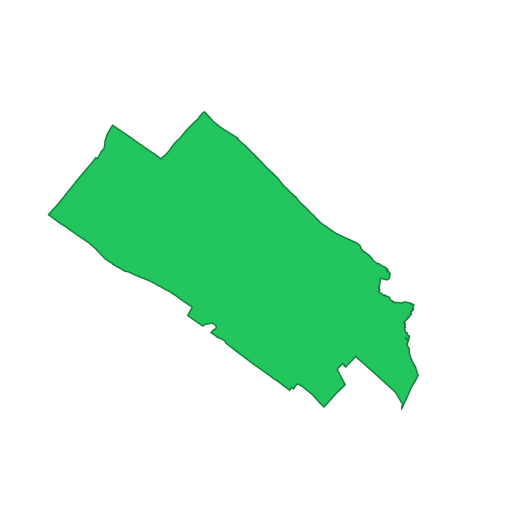 the district of Seaca De Padure, Dolj, Romania, rotated 209°
{"feature_id": "2599482B71880041141531", "entity_name": "Seaca De Padure", "entity_type": "district", "adm_level": 2, "iso_a3": "ROU", "parent_name": "Romania", "parent_adm1": "Dolj", "projection": "albers", "projection_center": [23.279, 44.368], "detail": "fine", "context": "isolated", "style": "filled", "palette": "green", "viewbox_px": 512, "rotation_deg": 209, "n_neighbors": 0, "source": "geoboundaries", "source_scale": "gbopen_adm2", "svg_char_len": 5951}
<svg xmlns="http://www.w3.org/2000/svg" viewBox="0 0 512 512"><g transform="rotate(209 256 256)"><path d="M358.1,352.8L370.9,357.1L371.9,355.5L372.4,353.2L372.5,352.4L372.9,351.1L373.0,348.2L373.9,345.6L374.8,342.9L377.7,332.5L379.0,326.1L379.6,322.2L380.2,320.3L380.8,319.0L382.0,314.1L382.5,310.2L382.7,307.5L384.1,300.9L385.3,297.9L386.3,294.8L393.0,295.8L400.5,296.4L426.6,299.2L444.8,300.8L445.1,295.5L445.0,289.2L444.6,288.0L444.0,284.4L443.4,282.1L443.3,281.9L442.5,281.0L442.2,280.3L441.9,278.7L441.2,277.3L441.2,276.3L441.4,275.4L441.4,274.4L441.4,273.6L441.8,273.1L442.0,272.0L441.8,268.7L441.9,264.3L443.7,264.3L444.9,256.9L448.9,236.9L454.1,206.6L455.0,202.3L457.1,193.8L457.5,191.5L442.2,189.6L436.6,189.3L421.4,187.6L408.2,186.5L406.5,185.9L404.2,185.6L401.1,184.8L398.8,184.5L398.3,184.1L386.8,180.4L381.0,179.9L379.5,179.8L378.6,180.0L377.7,179.8L377.3,179.5L375.9,179.4L375.6,179.5L372.7,179.2L371.9,179.4L369.0,179.3L368.6,179.4L366.1,179.2L363.4,179.2L360.0,180.2L358.5,180.4L352.8,180.7L349.4,181.2L348.2,181.6L347.7,181.5L347.7,181.3L347.0,181.4L341.2,182.2L339.7,182.2L338.5,182.6L330.0,182.9L327.1,182.7L325.7,183.0L321.7,182.8L313.8,183.0L306.4,182.4L297.0,181.2L287.0,180.4L286.9,170.9L277.8,169.8L269.0,169.0L268.0,169.6L267.7,171.5L265.0,173.3L261.8,176.2L257.6,175.8L256.4,174.6L256.0,173.9L256.4,171.5L257.3,171.2L258.2,167.2L252.8,166.7L250.4,166.2L246.5,166.8L243.4,166.7L241.9,166.4L240.9,166.0L240.0,165.2L224.3,162.8L207.0,160.4L191.0,158.6L187.8,158.3L181.2,157.3L178.8,157.2L176.1,157.0L161.5,154.9L161.3,158.2L158.8,157.8L158.5,161.0L157.8,164.3L153.8,164.4L152.3,164.3L147.4,163.6L141.2,162.3L140.7,162.4L137.7,161.6L128.8,158.3L123.3,157.0L119.3,174.3L116.6,183.2L115.6,186.6L130.1,196.3L129.4,199.6L128.5,201.9L128.0,204.3L126.6,204.1L126.1,203.7L126.0,202.8L123.8,202.4L121.2,211.8L120.3,216.3L113.1,214.9L93.2,210.4L67.8,204.4L58.9,199.1L56.2,197.8L55.0,193.9L54.6,193.3L54.5,194.9L54.8,196.8L55.7,209.4L56.5,216.7L56.3,220.9L56.1,223.5L56.1,225.0L56.4,228.9L56.4,229.6L56.2,230.1L57.1,230.8L58.2,231.4L58.6,232.3L60.7,234.1L62.6,236.3L67.5,239.0L69.0,240.1L69.8,241.0L71.3,242.0L72.7,243.1L73.5,244.3L76.0,246.5L76.0,246.8L75.8,247.4L77.3,249.4L79.7,250.6L80.6,251.3L81.2,252.7L81.4,253.7L81.6,256.1L83.3,255.8L83.5,256.2L84.0,256.4L84.5,256.3L85.0,256.7L85.5,256.8L85.2,257.0L83.7,256.5L82.9,256.4L82.1,256.9L82.0,257.4L82.5,259.6L83.3,260.5L83.7,260.3L83.6,259.9L84.8,260.2L86.6,262.0L87.5,261.6L88.3,262.0L89.1,262.6L89.2,263.0L89.6,263.5L90.6,264.1L90.9,264.5L91.2,264.6L91.4,265.4L91.1,265.5L90.8,265.8L90.7,266.1L91.4,266.4L91.7,267.0L92.1,267.1L92.4,267.6L92.2,267.9L92.3,268.2L92.2,268.5L92.4,268.8L92.7,268.9L93.4,269.4L93.6,269.8L93.9,269.7L94.3,269.4L94.8,269.9L94.8,270.4L94.7,270.6L94.0,271.2L93.7,272.8L93.5,273.0L93.6,273.3L93.1,273.7L93.1,273.9L93.3,274.6L93.2,274.8L92.8,275.3L92.8,275.5L93.2,275.8L93.0,276.2L92.6,276.4L92.4,277.4L92.8,277.8L92.7,278.4L92.5,278.8L92.4,279.3L92.0,279.6L91.8,280.3L92.0,280.7L92.4,280.9L92.9,281.4L93.2,281.1L93.6,281.7L93.8,282.4L93.3,282.8L93.7,283.2L93.7,283.3L92.7,283.8L92.8,284.1L92.9,284.5L92.3,284.9L92.3,285.2L92.5,286.0L93.2,285.7L93.4,285.8L93.6,286.1L93.3,286.3L93.2,286.6L93.2,286.9L93.8,287.3L94.0,287.6L94.2,289.0L94.0,289.6L94.2,289.8L95.5,289.9L96.3,288.9L97.0,289.0L96.9,289.6L97.0,289.8L97.3,289.9L98.4,289.6L99.0,289.2L99.8,289.3L100.9,288.7L102.8,288.3L103.8,287.7L106.2,285.2L108.9,284.5L112.3,282.3L112.6,282.6L113.2,282.2L113.7,282.2L113.9,282.3L113.8,282.8L114.2,282.9L114.6,282.9L115.4,282.6L116.1,282.6L116.8,282.8L117.7,282.7L118.1,282.9L118.2,283.8L118.9,283.9L118.9,284.3L119.3,284.5L122.0,284.3L122.3,283.9L123.0,283.9L123.4,284.3L124.0,284.2L124.4,284.4L124.6,284.2L124.7,283.2L124.8,283.2L125.2,283.7L126.1,283.2L126.5,283.6L127.7,284.1L128.4,284.0L128.9,284.1L129.3,283.9L131.6,284.1L131.0,285.5L131.0,285.9L131.3,286.1L131.5,286.4L131.9,286.3L132.1,286.1L132.4,286.3L132.3,287.0L132.3,287.4L132.5,287.5L132.7,287.3L132.9,287.4L132.7,287.8L132.7,288.2L133.0,288.5L133.8,288.4L134.0,288.5L133.7,289.0L133.7,289.3L133.5,290.2L135.2,293.9L135.4,294.8L135.8,295.3L135.8,295.7L136.2,296.7L136.2,296.9L129.8,298.6L129.0,300.0L128.8,300.5L128.7,301.8L129.0,302.9L129.9,304.1L129.9,304.5L129.8,304.9L130.0,305.4L131.1,306.1L132.0,306.4L132.3,306.7L133.2,306.8L133.2,307.0L133.5,307.1L133.9,306.8L134.1,306.6L134.1,306.4L134.6,306.8L134.7,307.0L133.8,307.2L133.7,307.5L135.1,308.4L136.3,308.5L136.5,308.2L137.0,308.5L138.1,308.9L138.8,308.8L139.6,308.4L140.7,308.4L141.3,308.6L143.3,308.6L143.6,308.8L144.5,308.7L145.0,308.9L145.3,308.8L145.8,308.2L146.2,308.2L147.4,308.4L147.9,308.3L148.6,308.3L149.9,308.7L150.5,308.6L151.4,308.9L152.9,309.9L155.4,310.7L155.9,310.7L155.9,311.0L157.6,311.6L159.2,311.5L162.8,312.3L163.9,312.0L165.7,312.5L166.2,312.9L167.3,313.2L169.9,315.4L171.3,315.7L172.0,316.0L173.7,316.1L174.0,316.3L174.8,316.1L176.1,316.2L176.6,316.0L177.0,315.6L177.3,315.9L179.5,315.9L181.1,315.5L181.4,315.8L182.5,315.5L185.0,315.4L185.8,315.2L196.5,314.6L198.8,314.7L200.8,315.0L201.9,314.9L202.5,314.9L202.9,315.1L205.9,315.5L215.4,316.3L219.2,317.6L220.4,317.8L221.7,318.3L222.2,318.2L222.4,318.4L223.1,318.6L224.3,319.2L229.3,320.3L230.7,320.9L232.6,321.4L233.7,321.8L234.9,322.0L235.8,322.4L243.6,324.3L246.3,325.3L247.4,325.9L248.2,325.9L249.0,326.6L250.2,327.1L251.0,327.1L251.8,326.9L252.1,327.2L254.3,327.9L257.1,328.4L259.8,329.4L265.2,330.7L270.4,332.7L273.8,334.3L274.3,334.3L274.5,334.6L274.8,334.7L275.7,334.7L276.2,335.1L278.5,335.6L279.0,335.7L279.2,335.4L280.4,335.8L280.6,336.0L280.6,336.3L281.0,336.4L282.7,336.9L283.8,336.9L285.0,337.4L289.4,338.4L299.9,341.8L300.8,341.9L301.0,341.8L301.3,342.2L302.4,342.4L303.9,342.1L303.6,342.8L304.8,343.4L305.3,343.4L305.5,343.6L307.3,343.9L307.7,344.1L309.8,344.5L310.7,344.9L316.6,346.6L318.1,347.1L326.7,348.8L327.8,349.2L327.9,349.4L328.4,349.3L329.6,349.5L329.3,350.3L347.8,351.2L358.1,352.8Z" fill="#22c55e" stroke="#15803d" stroke-width="1.5"/></g></svg>